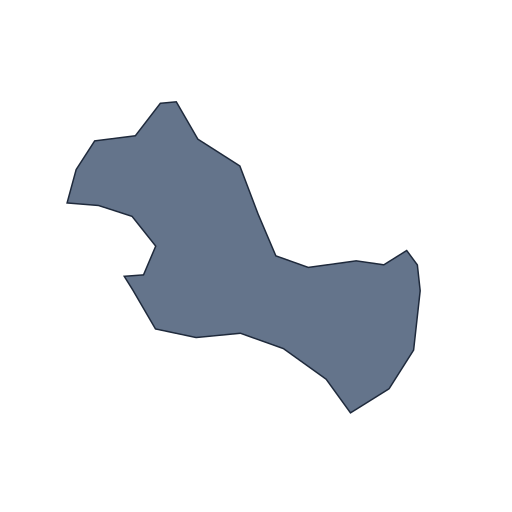 the border of Borgo Maggiore, rotated 328°
{"feature_id": "SMR-4883", "entity_name": "Borgo Maggiore", "entity_type": "state/province", "adm_level": 1, "iso_a3": "SMR", "parent_name": "San Marino", "parent_adm1": "", "projection": "natural_earth1", "projection_center": [12.438, 43.942], "detail": "fine", "context": "isolated", "style": "filled", "palette": "slate", "viewbox_px": 512, "rotation_deg": 328, "n_neighbors": 0, "source": "natural_earth", "source_scale": "10m", "svg_char_len": 538}
<svg xmlns="http://www.w3.org/2000/svg" viewBox="0 0 512 512"><g transform="rotate(328 256 256)"><path d="M123.9,110.9L149.3,87.4L180.2,72.9L217.4,90.1L255.8,75.8L270.1,83.0L268.6,126.1L290.0,171.1L280.0,221.4L272.9,266.4L294.3,293.4L338.4,313.2L359.7,331.2L386.7,331.2L388.1,349.1L376.8,372.5L339.8,419.3L298.5,439.1L253.0,439.1L250.2,397.7L230.2,349.1L201.8,313.2L162.0,293.4L132.1,264.6L133.5,219.6L133.5,203.4L150.6,212.4L176.2,194.5L171.9,156.7L149.2,129.7L123.9,110.9Z" fill="#64748b" stroke="#1e293b" stroke-width="1.5"/></g></svg>